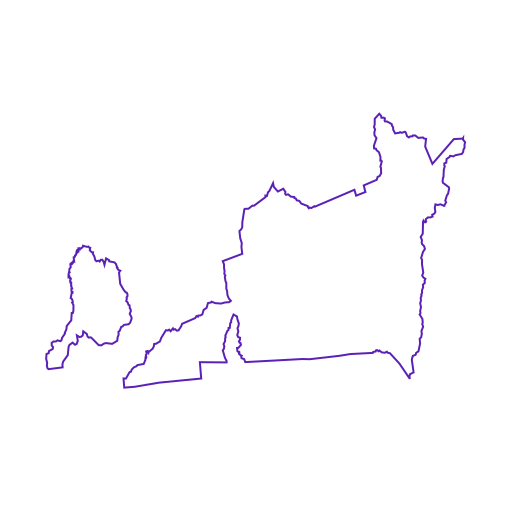 Kasena Nankana West, Upper East, Ghana (Equal Earth projection), rotated 176°
{"feature_id": "2480657B70680953475259", "entity_name": "Kasena Nankana West", "entity_type": "district", "adm_level": 2, "iso_a3": "GHA", "parent_name": "Ghana", "parent_adm1": "Upper East", "projection": "equal_earth", "projection_center": [-1.202, 10.874], "detail": "fine", "context": "isolated", "style": "outline", "palette": "violet", "viewbox_px": 512, "rotation_deg": 176, "n_neighbors": 0, "source": "geoboundaries", "source_scale": "gbopen_adm2", "svg_char_len": 6064}
<svg xmlns="http://www.w3.org/2000/svg" viewBox="0 0 512 512"><g transform="rotate(176 256 256)"><path d="M123.1,389.3L128.0,384.6L128.4,379.1L129.3,376.3L128.4,374.1L129.4,370.6L129.3,368.1L127.6,365.2L130.7,357.7L130.7,355.1L128.9,354.7L128.4,353.2L126.1,350.9L124.9,345.9L125.3,342.5L124.3,342.4L123.9,341.7L125.7,336.3L125.2,335.3L125.4,329.7L127.2,327.1L129.2,326.4L130.2,323.6L143.6,318.9L142.4,312.2L151.9,309.2L153.2,315.2L193.8,301.1L194.3,301.6L197.4,300.0L199.2,300.6L199.9,299.9L200.7,300.9L200.9,302.2L207.3,305.2L209.0,308.0L211.5,308.7L212.2,310.5L213.6,311.1L213.7,312.2L217.1,312.8L219.7,315.3L221.8,314.9L222.6,316.2L222.2,317.9L224.1,321.2L229.7,318.8L233.4,323.7L233.9,327.5L238.1,320.0L239.6,318.7L240.9,315.2L242.4,315.6L242.4,314.1L254.5,306.3L256.1,306.5L260.2,303.7L263.9,303.8L264.4,303.3L267.3,290.6L267.7,285.9L268.5,284.1L270.8,282.0L270.5,274.9L269.3,269.9L269.9,266.0L269.6,259.1L289.5,253.2L288.5,249.9L288.7,245.7L288.4,243.7L288.8,240.2L287.9,238.6L288.6,237.2L288.1,232.6L287.5,231.2L287.9,225.5L287.3,223.2L287.2,219.0L286.1,215.6L284.2,213.0L286.0,211.8L290.3,211.8L294.1,211.0L299.9,211.8L303.5,213.5L304.0,212.8L307.2,212.4L308.9,207.7L312.0,205.9L313.6,201.5L315.5,200.6L317.7,200.6L318.2,199.5L319.6,200.2L320.9,198.3L334.5,193.5L335.6,191.0L338.5,187.2L340.1,187.0L341.9,188.7L343.2,188.3L343.9,189.6L346.4,186.9L347.8,188.6L349.1,187.8L351.0,188.3L356.2,181.0L357.8,177.5L361.9,175.4L363.7,175.4L364.3,172.8L365.6,170.7L369.2,168.1L369.8,168.3L370.0,167.4L370.6,168.8L372.2,168.5L371.8,166.1L372.8,164.9L372.5,162.6L372.8,162.0L373.3,162.3L373.7,159.9L375.5,156.2L382.0,155.4L382.9,154.4L385.7,153.4L388.0,151.2L388.8,149.3L390.2,149.0L394.3,142.8L396.7,143.1L396.6,133.9L386.1,134.0L361.9,136.4L319.2,137.6L319.4,154.0L292.8,151.9L292.6,153.2L294.1,156.7L295.7,164.2L294.5,165.7L293.9,168.1L294.5,170.4L292.8,173.1L292.5,176.3L291.9,177.1L292.2,178.5L289.8,183.3L288.6,184.2L288.4,186.1L287.2,186.1L286.4,190.7L285.4,191.6L285.3,193.5L282.5,199.2L279.2,197.0L279.0,194.4L277.8,189.8L278.5,187.0L279.5,185.3L278.9,181.9L280.2,178.4L279.5,176.4L277.6,175.6L277.9,173.4L279.0,172.1L278.4,170.6L277.6,170.4L277.2,168.4L280.0,165.6L281.3,165.6L281.2,162.4L280.0,161.4L279.9,160.6L279.4,161.0L279.3,158.9L277.2,157.5L277.8,156.7L277.5,155.0L275.0,154.0L274.1,150.9L217.0,150.0L209.6,149.3L179.9,150.6L168.8,151.6L146.2,151.2L145.8,152.1L143.3,152.4L142.9,153.5L141.9,153.7L140.2,152.4L139.5,153.1L137.1,151.0L134.1,150.5L132.1,151.4L131.4,150.3L129.2,149.7L120.5,138.8L111.1,122.7L111.3,124.9L110.7,127.3L106.9,128.9L107.8,141.4L107.5,142.9L106.5,145.4L103.7,146.3L103.0,148.2L100.6,149.6L98.4,157.3L98.5,162.0L96.9,163.4L96.0,166.9L96.2,169.6L94.2,173.8L94.9,176.4L94.3,178.2L94.4,181.6L96.8,186.2L95.9,187.6L96.1,189.6L95.0,193.4L95.5,197.5L94.6,199.8L94.6,202.9L93.6,204.8L93.9,205.9L92.9,207.6L92.8,210.1L91.4,213.3L91.5,215.7L89.5,217.3L89.5,219.7L88.6,221.5L90.3,222.6L91.6,224.8L90.3,227.8L91.0,236.3L90.6,240.4L91.4,242.5L89.1,248.5L87.0,251.2L87.6,254.1L89.5,256.3L89.8,258.1L89.3,260.2L90.4,263.5L88.1,266.6L87.0,278.4L86.5,279.4L85.9,278.0L84.5,277.8L83.8,278.6L84.3,279.9L83.9,281.0L81.8,282.5L79.3,282.3L77.1,283.0L77.4,284.8L75.0,285.9L74.0,287.5L74.3,291.6L73.4,295.0L71.2,294.2L68.4,294.7L64.8,292.9L64.5,292.1L64.6,293.4L62.6,296.3L63.3,298.1L61.3,303.3L60.1,304.6L58.6,309.9L58.8,311.1L64.4,316.0L64.7,317.3L64.0,321.0L63.5,321.6L62.6,329.1L61.4,332.4L61.9,333.7L61.6,335.3L59.7,335.8L59.1,339.5L56.1,341.2L55.4,342.4L52.2,341.6L50.2,342.6L43.5,343.5L42.1,345.3L41.6,347.7L40.4,349.4L40.3,352.1L39.5,355.0L41.4,357.7L41.2,359.2L41.6,358.7L50.5,358.8L73.6,335.6L79.6,353.3L78.2,361.0L80.2,361.5L81.2,362.6L85.9,362.5L88.7,365.1L91.1,365.3L91.5,364.5L93.6,364.6L95.2,363.6L96.9,364.9L98.1,369.0L98.8,369.6L101.9,368.7L103.6,369.5L104.1,369.0L108.7,368.6L110.3,372.4L110.3,375.0L111.2,376.4L111.4,378.1L115.6,380.9L117.9,381.3L118.3,382.4L117.8,384.3L118.9,385.1L121.2,385.1L121.5,387.2L123.1,389.3ZM443.8,252.6L444.3,250.7L443.8,249.6L444.5,249.2L444.5,247.8L443.5,248.0L442.7,247.0L443.4,246.9L442.5,245.5L443.3,244.1L442.3,242.4L442.9,242.2L442.2,240.1L442.6,239.2L441.7,236.5L442.4,236.4L442.5,234.4L442.4,233.1L441.6,233.0L441.6,232.0L442.5,231.7L443.8,226.9L442.7,226.0L442.1,224.3L442.0,222.7L442.7,222.4L441.5,219.7L442.0,214.0L442.7,211.9L443.8,212.0L444.8,204.7L449.6,199.5L450.4,195.7L452.1,192.8L452.0,191.9L455.1,188.0L456.1,185.2L457.2,184.7L460.0,185.7L461.6,184.7L464.1,184.8L465.9,183.6L466.0,180.9L464.8,179.3L465.3,177.4L469.2,175.6L469.6,173.5L471.8,172.9L472.5,168.2L471.8,164.0L472.3,160.9L471.8,158.6L470.9,157.6L456.7,158.4L456.6,161.7L455.7,164.2L450.7,170.2L449.3,178.4L448.4,180.2L445.0,182.4L442.8,180.1L441.1,180.7L439.7,183.7L440.2,189.3L437.8,187.5L436.0,187.7L434.4,188.8L433.6,192.9L430.2,190.0L429.7,187.6L428.7,186.3L426.6,186.4L425.8,185.8L419.1,178.0L416.3,177.7L414.1,179.1L411.8,179.6L405.6,178.4L400.3,181.1L399.8,184.3L398.5,187.2L398.5,190.0L397.2,190.8L395.4,194.7L394.1,195.0L392.5,196.5L387.8,196.8L386.2,198.3L384.5,202.1L384.5,203.6L386.0,207.2L384.7,209.7L384.8,211.6L385.5,212.5L385.6,215.7L386.6,216.2L387.3,218.7L388.6,220.1L387.8,222.6L388.0,223.8L387.0,224.9L386.9,226.9L387.5,228.5L388.6,228.9L390.4,231.5L393.4,237.7L393.8,249.1L392.4,250.8L394.2,251.7L395.5,253.8L395.0,254.1L396.1,256.6L396.0,257.5L397.6,259.5L402.8,260.9L402.9,262.1L405.7,264.1L407.8,257.8L408.4,260.8L409.6,263.0L411.2,263.0L412.3,261.4L413.3,262.3L415.5,261.9L416.6,263.1L417.3,266.9L418.6,269.7L418.3,271.0L419.4,271.1L421.4,273.2L420.8,275.7L421.6,275.8L422.5,277.1L424.0,276.9L427.8,278.3L428.0,277.3L429.8,275.8L431.5,276.1L431.4,275.0L432.3,275.3L432.5,274.3L432.9,275.0L433.2,273.8L433.5,274.5L434.1,274.4L434.3,273.9L433.5,273.3L433.6,272.5L434.2,272.5L434.1,271.9L434.7,271.3L435.0,271.7L435.5,269.7L436.5,269.2L436.7,267.9L438.0,267.4L437.8,263.5L438.3,263.9L438.7,262.6L439.2,262.5L439.1,261.9L439.4,261.6L439.5,262.4L441.0,260.5L441.2,261.4L441.8,260.9L441.6,257.7L443.0,256.2L443.4,253.7L443.1,252.7L443.8,252.6Z" fill="none" stroke="#5b21b6" stroke-width="2"/></g></svg>